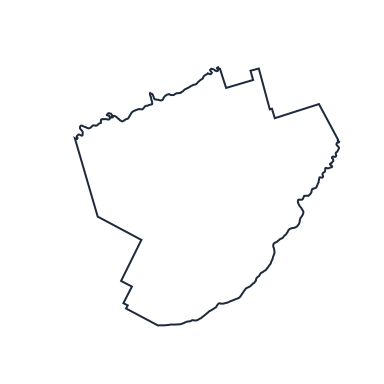 Atamisqui, Santiago del Estero, Argentina (orthographic projection), rotated 287°
{"feature_id": "61730980B38115144575329", "entity_name": "Atamisqui", "entity_type": "district", "adm_level": 2, "iso_a3": "ARG", "parent_name": "Argentina", "parent_adm1": "Santiago del Estero", "projection": "orthographic", "projection_center": [-63.835, -28.669], "detail": "fine", "context": "isolated", "style": "outline", "palette": "slate", "viewbox_px": 384, "rotation_deg": 287, "n_neighbors": 0, "source": "geoboundaries", "source_scale": "gbopen_adm2", "svg_char_len": 6016}
<svg xmlns="http://www.w3.org/2000/svg" viewBox="0 0 384 384"><g transform="rotate(287 192 192)"><path d="M196.4,303.4L197.8,303.3L198.6,303.3L200.8,304.1L203.1,304.6L204.5,304.6L205.9,304.2L206.4,303.7L207.1,302.9L208.0,301.9L208.7,301.2L209.8,299.4L210.6,298.4L212.5,296.8L213.4,296.2L214.2,295.9L215.5,295.8L215.9,296.3L216.2,297.5L216.6,298.9L217.2,299.8L218.1,300.1L219.2,300.2L220.8,300.3L221.2,300.5L221.4,301.3L221.7,302.2L222.1,302.9L222.3,304.3L223.2,305.0L224.7,305.7L226.2,306.2L227.1,306.2L228.8,306.0L229.7,306.0L230.4,306.5L230.5,307.1L231.2,307.7L231.5,308.4L232.1,309.1L233.1,309.6L234.6,309.8L236.7,309.9L238.3,310.3L239.4,309.9L240.7,309.9L241.6,309.7L243.1,309.7L243.5,310.0L243.6,310.7L243.6,311.7L243.9,312.5L244.9,312.9L245.6,312.6L246.0,312.2L246.8,311.7L247.4,311.5L248.0,311.6L248.6,311.7L249.2,312.3L249.6,312.7L250.4,313.1L251.0,313.1L251.7,313.0L252.6,312.8L253.7,312.6L254.2,312.8L254.3,313.1L254.3,313.7L254.3,314.7L254.4,315.2L254.9,316.1L255.5,316.8L256.0,317.2L256.5,318.3L257.2,318.6L257.7,318.3L258.1,317.9L258.2,317.3L258.7,315.9L259.3,315.8L259.8,316.1L260.5,316.8L261.5,317.5L262.3,317.6L263.2,318.0L263.8,317.7L264.6,317.4L265.1,316.6L265.2,316.1L266.1,315.8L266.8,316.0L267.2,316.6L267.3,317.3L267.3,318.4L267.9,319.2L269.0,319.3L269.7,318.8L270.5,318.3L271.3,318.1L271.9,318.3L272.4,318.5L273.1,319.2L274.9,319.4L275.8,319.7L277.0,319.7L277.4,319.5L278.2,318.6L278.5,317.8L278.8,317.3L279.2,316.7L279.7,316.2L280.5,316.1L281.1,316.2L281.7,316.5L282.0,316.8L282.0,317.4L282.4,317.9L283.2,317.9L283.4,317.4L283.4,316.8L283.7,316.4L284.3,316.3L284.8,316.3L313.2,287.7L286.8,249.6L295.0,244.1L293.8,242.2L329.6,219.8L325.1,212.5L317.0,217.7L301.5,194.2L311.1,187.5L318.0,182.7L317.9,181.6L318.9,180.5L318.2,179.7L317.4,179.9L316.8,181.2L316.0,181.3L315.0,180.9L314.7,180.0L314.9,178.6L315.5,177.7L315.6,175.9L315.5,174.5L314.8,173.9L314.0,173.6L313.3,174.2L312.7,175.1L311.9,176.1L310.9,175.9L310.0,175.2L309.9,173.9L310.1,172.4L309.0,171.8L307.8,170.5L306.0,169.3L303.6,169.1L301.7,167.4L300.2,166.5L299.0,165.7L298.0,165.3L296.3,164.4L295.7,163.6L295.0,162.1L294.6,161.7L294.0,161.2L293.4,160.4L291.0,158.4L290.4,157.7L290.1,157.3L289.8,157.1L289.4,156.6L288.7,156.0L287.9,155.0L287.1,154.6L285.7,153.9L284.1,152.4L283.6,152.3L283.4,152.1L282.9,151.0L282.6,150.2L282.2,149.4L282.0,148.6L281.7,148.2L281.0,147.3L280.4,147.0L279.3,146.0L279.0,144.9L278.6,143.7L278.6,142.7L278.9,141.9L278.9,141.4L278.2,140.4L277.7,139.6L276.7,138.8L276.4,138.5L275.6,138.0L274.0,137.4L273.0,137.3L271.3,136.9L271.1,136.4L270.4,135.5L270.3,135.1L270.3,133.9L270.3,132.5L270.2,132.1L270.0,131.5L270.0,130.3L269.7,129.8L269.7,129.3L270.5,128.3L272.1,127.2L273.3,126.2L274.1,125.2L274.1,124.6L274.2,123.6L274.4,123.1L273.5,123.0L271.4,124.3L271.1,124.7L269.6,125.6L268.4,126.1L267.3,127.0L266.3,127.5L265.4,128.0L264.3,128.1L263.9,127.7L262.6,125.4L261.6,124.5L261.5,124.2L261.2,123.2L260.5,122.2L259.8,121.9L258.2,121.2L257.5,121.0L256.9,120.5L256.5,120.3L256.0,118.2L256.0,117.5L255.5,116.4L255.0,115.9L254.1,114.7L253.0,113.3L252.3,112.5L251.5,111.8L250.5,111.2L249.7,110.9L248.6,110.6L247.3,110.3L246.1,110.1L245.3,109.8L244.2,109.6L243.5,109.3L243.2,109.0L242.8,108.3L242.3,107.6L241.6,106.9L240.2,105.9L239.2,104.9L239.1,104.1L239.5,103.0L239.5,102.1L240.3,101.2L240.5,100.0L241.1,98.9L241.9,97.1L241.9,96.4L242.1,95.8L242.0,95.1L241.8,94.5L241.1,94.2L240.4,94.4L239.7,93.7L239.7,93.2L240.4,93.0L241.7,93.0L242.3,92.8L242.8,92.3L243.0,92.0L243.2,91.5L243.0,90.3L243.2,89.6L242.8,89.1L242.5,88.7L241.2,88.1L240.8,88.0L240.6,88.4L240.8,88.9L240.5,89.6L240.5,90.6L240.0,90.9L238.8,91.9L238.2,92.0L237.2,91.6L236.9,90.9L236.6,89.9L236.6,88.4L236.2,87.6L236.1,86.9L235.7,86.2L235.7,85.3L235.5,84.9L235.3,84.8L235.2,84.5L234.8,84.1L234.0,83.9L231.5,84.7L230.9,84.0L230.2,83.1L229.4,82.5L228.5,82.1L227.8,81.5L227.2,80.7L227.3,79.7L226.8,78.0L226.3,77.5L225.1,76.9L223.8,76.1L223.2,75.5L222.6,74.4L222.6,73.2L222.9,71.9L222.9,70.2L223.1,68.6L223.3,67.1L222.9,66.3L222.1,65.9L221.4,65.9L220.5,66.2L219.9,66.4L219.3,67.3L218.8,68.3L217.5,69.9L215.6,70.5L214.1,70.7L213.6,69.9L214.0,67.5L213.8,66.7L213.1,66.2L212.2,65.8L211.3,65.5L210.7,65.9L210.2,66.7L209.2,66.6L208.8,65.8L208.9,65.0L209.1,64.3L140.9,109.0L131.4,157.6L86.2,150.2L84.0,162.2L65.6,158.9L64.8,163.7L61.3,163.0L54.4,198.6L54.9,199.6L55.5,201.5L56.2,204.0L57.0,206.0L58.1,208.6L59.2,210.9L59.9,213.4L61.3,217.4L62.1,219.4L63.2,221.1L64.5,222.7L65.7,224.0L66.5,225.0L67.0,226.0L67.4,227.2L68.0,228.1L68.8,229.0L69.5,229.7L69.7,230.5L69.8,231.5L70.1,232.9L71.1,234.7L73.1,236.5L74.1,237.6L75.4,238.4L76.8,239.4L78.8,240.8L80.5,241.8L81.4,242.5L82.7,243.1L85.0,245.4L86.2,246.4L87.8,247.7L88.6,248.5L89.6,248.9L90.5,249.0L91.4,249.3L92.1,249.6L93.1,250.0L93.6,250.8L93.7,251.7L93.7,252.5L94.0,253.4L94.3,254.3L95.0,255.6L95.9,257.0L96.6,258.3L98.0,259.8L99.6,261.7L100.8,263.4L101.5,264.1L102.8,265.8L103.5,266.7L104.2,267.5L104.8,268.1L105.8,268.6L107.2,269.1L108.8,269.5L109.7,269.9L112.4,270.6L113.8,271.2L115.3,271.6L116.3,272.5L118.1,274.5L119.1,275.4L120.6,276.2L121.4,276.6L122.4,277.1L123.1,277.9L124.0,278.3L125.0,278.6L125.8,279.0L126.6,278.9L127.3,278.8L128.3,278.8L129.2,279.2L130.4,280.0L131.1,280.6L131.9,280.9L132.3,280.9L133.0,281.0L133.8,281.3L134.5,281.5L135.2,281.9L135.5,282.5L136.1,283.1L137.1,283.8L137.6,284.1L138.3,284.8L139.1,285.5L140.1,285.9L141.5,286.3L142.5,286.8L144.0,287.1L145.2,287.7L146.8,288.2L148.6,288.2L150.6,288.5L151.7,288.6L153.6,288.5L154.9,288.6L156.5,288.6L157.2,288.7L157.8,288.7L158.5,288.5L160.6,287.7L161.2,287.3L162.3,286.7L163.1,286.0L163.8,285.6L164.9,285.2L165.8,285.2L166.8,285.3L167.3,285.9L168.4,286.8L169.3,287.9L170.1,288.3L171.2,289.1L172.1,289.6L172.7,290.0L173.2,290.6L174.0,291.4L174.1,291.8L175.0,292.3L176.1,292.7L177.4,293.2L178.4,294.0L179.1,294.4L180.5,294.7L181.6,295.1L182.8,295.2L184.4,295.8L185.3,296.3L186.8,298.3L187.3,299.8L188.7,301.5L189.9,302.6L191.4,303.1L192.6,303.6L194.2,303.7L195.1,303.6L196.4,303.4Z" fill="none" stroke="#1e293b" stroke-width="2"/></g></svg>